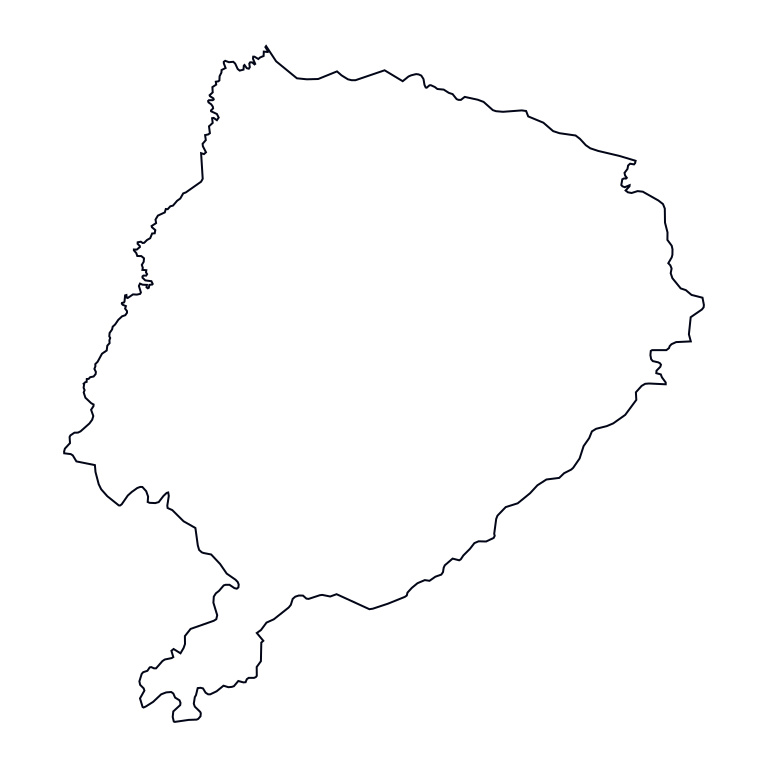 Da Teh, Lâm Đồng, Vietnam (Mercator projection)
{"feature_id": "81297802B88275273163475", "entity_name": "Da Teh", "entity_type": "district", "adm_level": 2, "iso_a3": "VNM", "parent_name": "Vietnam", "parent_adm1": "Lâm Đồng", "projection": "mercator", "projection_center": [107.482, 11.563], "detail": "fine", "context": "isolated", "style": "outline", "palette": "ink", "viewbox_px": 768, "rotation_deg": 0, "n_neighbors": 0, "source": "geoboundaries", "source_scale": "gbopen_adm2", "svg_char_len": 6010}
<svg xmlns="http://www.w3.org/2000/svg" viewBox="0 0 768 768"><path d="M266.1,46.1L265.4,47.1L267.8,51.0L267.7,52.0L263.8,51.6L263.6,56.0L260.2,57.4L258.3,59.0L254.5,56.7L253.2,56.7L253.0,58.8L255.2,63.9L254.5,64.4L252.2,62.4L250.2,62.3L249.3,63.6L249.8,67.2L248.8,68.7L246.8,68.2L244.5,65.0L243.8,65.6L243.5,69.6L239.7,70.6L237.7,69.0L235.2,63.6L233.3,61.8L228.9,62.2L225.2,60.8L223.8,61.8L223.8,63.3L225.6,68.0L221.6,70.0L221.4,72.6L219.6,76.2L219.4,80.4L218.4,81.3L215.8,81.7L216.2,84.6L212.4,87.1L212.7,92.4L209.6,95.2L209.9,96.1L213.4,98.4L213.7,99.5L212.7,100.2L208.9,100.2L208.1,101.0L208.5,102.4L211.2,104.3L212.8,106.6L213.1,108.4L211.0,110.4L211.1,111.3L216.9,114.0L218.7,117.6L216.9,120.2L213.6,117.9L212.1,118.2L212.7,122.9L209.0,126.3L209.9,133.2L208.3,134.4L205.1,135.1L205.8,140.1L202.6,143.8L202.9,146.3L206.0,152.3L204.0,154.1L201.1,153.2L202.7,178.8L201.1,181.7L185.9,192.4L183.2,193.4L180.3,198.5L177.1,200.8L173.0,205.6L170.3,206.3L167.7,209.2L165.8,209.0L164.8,212.4L157.9,215.6L155.5,219.6L156.1,223.1L151.6,226.0L151.9,227.2L155.3,230.1L154.7,233.3L152.1,233.5L150.2,238.2L147.0,240.0L144.2,242.8L142.7,243.0L140.8,241.7L137.7,242.3L137.6,243.8L139.8,246.0L139.9,247.0L136.8,249.6L133.9,249.5L133.9,250.4L136.3,253.1L137.3,256.0L141.3,256.1L144.0,258.3L143.7,261.8L141.8,264.9L142.8,267.8L142.4,269.9L146.3,270.2L146.0,272.4L147.1,274.1L146.2,275.6L143.4,275.6L142.5,276.4L142.5,277.7L145.3,280.4L151.4,281.2L152.7,283.9L152.3,284.5L149.4,284.9L148.8,287.8L147.8,288.3L146.5,287.3L146.9,284.9L142.6,284.7L140.0,283.6L138.9,286.0L140.9,292.5L140.1,293.9L136.9,294.6L133.0,294.4L127.7,298.0L126.7,297.6L126.4,295.0L125.1,295.4L124.5,301.6L123.9,302.5L122.0,302.9L121.8,303.7L122.7,304.8L125.9,306.1L125.1,308.6L127.0,311.1L127.0,312.8L125.3,315.2L122.1,316.3L118.3,319.8L115.1,324.5L112.7,326.7L112.1,329.4L109.6,333.0L109.3,336.3L110.2,338.0L109.4,340.3L109.6,343.1L107.3,345.7L106.7,350.5L102.0,353.7L97.6,361.8L95.3,364.1L95.4,366.3L94.4,368.9L95.9,371.9L95.6,374.1L93.6,376.5L90.2,377.2L88.6,378.9L86.8,379.0L86.6,381.9L85.3,382.2L83.6,383.8L84.1,384.4L83.6,387.8L84.6,390.1L83.7,392.5L85.4,397.7L91.2,403.2L93.6,404.5L93.5,406.1L91.1,409.8L93.3,416.0L92.2,419.7L89.4,423.5L80.6,431.3L78.0,432.6L74.4,432.7L70.4,435.4L69.6,437.0L70.0,443.1L64.9,448.6L64.1,451.5L64.2,453.3L70.8,454.1L72.8,455.4L76.4,461.4L94.9,465.1L95.5,472.0L98.7,484.2L101.2,489.3L107.4,496.3L118.8,505.4L120.0,505.5L121.7,504.3L127.8,495.5L131.7,492.0L137.3,488.0L140.3,486.9L142.4,487.0L146.2,491.2L148.1,496.6L147.7,502.0L149.5,502.8L155.2,503.1L158.7,502.1L163.5,495.9L166.7,492.9L168.2,492.5L168.8,495.9L167.3,505.6L167.6,508.0L172.3,510.1L183.6,521.3L195.4,528.0L197.8,545.4L199.1,549.9L201.7,552.3L203.6,553.0L211.2,554.5L220.1,564.0L226.7,573.6L235.5,579.7L237.7,582.0L238.7,584.5L238.4,587.4L236.8,588.7L234.4,588.1L229.5,584.8L225.6,584.8L223.7,585.4L219.0,590.9L215.9,593.3L213.8,596.6L213.4,602.7L217.2,615.2L216.3,619.2L213.7,620.8L190.6,628.9L184.9,636.1L185.0,644.0L183.6,648.0L180.5,653.3L173.6,649.0L171.4,650.8L173.3,657.1L171.6,658.1L164.8,659.5L162.4,661.1L156.1,668.3L153.9,668.3L151.3,667.1L149.7,667.4L147.4,670.8L143.2,672.2L141.7,673.9L139.4,681.3L140.1,684.8L143.7,688.4L144.4,690.6L140.0,698.4L142.6,707.0L143.6,707.5L145.8,706.5L153.1,701.9L161.2,694.3L166.2,692.4L171.2,692.0L173.3,693.5L175.1,697.6L179.5,700.3L180.5,702.9L180.2,705.1L173.3,711.4L172.7,716.9L173.8,721.5L174.8,721.9L188.7,719.9L196.7,719.6L198.2,718.9L200.5,716.3L200.8,713.2L200.2,711.9L194.8,706.6L193.8,703.7L194.8,697.2L196.0,695.1L197.7,688.1L200.6,687.8L203.0,688.4L205.6,692.7L208.1,694.3L210.3,694.3L216.6,691.3L223.5,685.7L228.4,687.2L231.7,686.9L233.9,686.2L238.3,681.0L243.4,682.4L245.6,682.2L246.8,679.2L248.6,677.9L254.0,677.9L255.8,677.1L256.8,675.8L256.7,667.0L260.9,661.2L261.3,642.6L263.3,640.8L256.8,633.0L261.0,630.0L266.5,622.6L273.8,619.3L288.7,607.5L290.8,604.9L292.7,598.9L295.2,596.7L298.9,595.5L303.0,595.6L306.4,598.6L308.6,598.9L319.9,595.2L322.3,594.9L330.2,596.5L336.6,594.2L369.4,609.2L372.8,608.7L387.9,603.7L404.8,596.9L406.8,595.5L407.5,592.6L411.8,587.9L417.5,583.2L424.8,580.1L429.5,580.8L435.4,576.7L441.3,574.6L443.0,572.1L443.7,567.7L444.8,565.3L452.6,558.6L459.2,560.3L460.8,559.3L463.3,555.5L469.9,548.9L474.4,543.1L478.6,541.3L486.1,541.5L493.7,537.9L494.7,535.8L494.2,533.8L496.2,518.9L497.5,515.6L505.7,507.1L517.7,503.3L530.0,493.3L537.4,485.3L546.4,479.5L559.2,477.9L564.1,473.2L571.2,469.6L573.2,467.8L579.6,458.5L583.6,446.1L589.2,438.1L591.9,431.4L596.1,428.8L606.8,426.1L613.2,423.4L625.2,414.9L636.3,399.9L635.9,392.3L641.6,385.9L645.2,383.8L649.1,383.5L665.7,384.3L665.7,382.5L661.9,377.3L660.8,374.4L656.3,373.2L656.5,370.7L660.3,366.8L661.0,364.7L659.9,363.2L658.1,362.3L652.8,361.1L651.2,359.3L650.4,355.1L650.8,350.9L652.2,350.1L666.4,350.1L669.0,348.1L669.7,346.1L671.5,344.2L676.1,342.1L690.8,341.4L688.9,334.3L690.7,317.2L701.9,309.5L703.6,307.4L703.9,305.0L702.5,297.7L691.5,294.9L685.8,290.1L680.7,288.4L672.4,278.2L670.7,273.2L671.6,268.5L670.3,265.3L668.3,263.2L671.7,257.4L672.4,254.8L672.5,249.3L671.7,245.7L667.4,239.9L667.5,232.4L665.0,222.6L664.8,208.6L663.0,204.1L658.4,200.5L642.8,191.7L637.6,191.1L631.6,193.0L627.9,192.3L625.6,190.5L629.5,186.3L629.6,185.2L624.8,187.2L622.4,186.3L621.3,185.0L622.3,179.3L624.1,178.4L625.9,178.6L626.8,177.8L625.1,175.5L624.5,172.9L627.5,168.9L628.1,165.5L630.1,163.7L634.0,164.4L635.1,163.1L635.6,160.8L619.3,155.9L598.1,150.9L590.3,148.3L585.8,145.2L580.0,138.9L575.6,135.5L559.5,133.2L553.1,131.1L543.4,122.7L528.2,116.4L526.1,111.0L521.8,110.4L503.0,111.8L496.0,111.2L492.8,110.1L483.6,101.9L477.7,99.7L464.7,96.9L460.9,99.9L458.6,99.9L456.6,99.1L452.6,94.1L448.9,92.9L443.7,89.6L437.4,89.0L434.8,87.0L430.8,85.2L429.5,85.3L426.7,87.7L425.7,87.5L424.5,84.9L423.5,79.1L421.3,75.6L418.6,74.4L416.1,74.1L411.2,75.3L408.5,76.5L402.7,81.2L384.6,70.3L355.5,80.2L351.6,80.2L347.9,79.3L341.6,75.4L337.0,71.4L318.2,79.0L306.8,79.3L296.9,78.3L276.1,61.3L266.1,46.1Z" fill="none" stroke="#020617" stroke-width="2"/></svg>